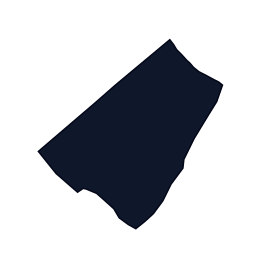 Motufoua, Tuvalu (Mercator projection), rotated 194°
{"feature_id": "33948139B1978289965587", "entity_name": "Motufoua", "entity_type": "district", "adm_level": 2, "iso_a3": "TUV", "parent_name": "Tuvalu", "parent_adm1": "", "projection": "mercator", "projection_center": [178.693, -7.491], "detail": "fine", "context": "isolated", "style": "filled", "palette": "ink", "viewbox_px": 256, "rotation_deg": 194, "n_neighbors": 0, "source": "geoboundaries", "source_scale": "gbopen_adm2", "svg_char_len": 556}
<svg xmlns="http://www.w3.org/2000/svg" viewBox="0 0 256 256"><g transform="rotate(194 128 128)"><path d="M108.8,223.8L150.9,166.2L165.5,145.1L209.3,83.6L186.7,66.4L161.4,53.5L157.0,58.5L154.1,58.7L142.7,57.0L133.8,52.4L122.2,46.2L114.8,38.7L104.3,34.4L96.1,32.2L89.3,41.1L82.7,51.0L76.6,65.7L72.6,84.1L65.0,102.3L66.2,111.1L61.3,133.8L53.1,160.2L48.3,175.1L46.7,192.5L51.0,194.5L57.1,195.9L64.5,197.8L73.0,199.8L79.3,202.8L83.6,205.9L87.2,207.8L93.8,212.2L99.8,215.8L103.9,219.9L108.8,223.8Z" fill="#0f172a" stroke="#020617" stroke-width="1.5"/></g></svg>